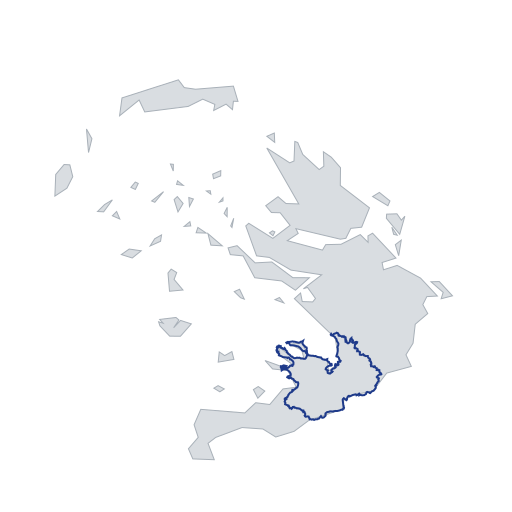 location of Kentrikis Makedonias, Kentriki Makedonia, Greece, rotated 167°
{"feature_id": "26713481B13719921321351", "entity_name": "Kentrikis Makedonias", "entity_type": "district", "adm_level": 2, "iso_a3": "GRC", "parent_name": "Greece", "parent_adm1": "Kentriki Makedonia", "projection": "equal_earth", "projection_center": [23.125, 40.657], "detail": "fine", "context": "in_parent", "style": "outline", "palette": "blue", "viewbox_px": 512, "rotation_deg": 167, "n_neighbors": 0, "source": "geoboundaries", "source_scale": "gbopen_adm2", "svg_char_len": 9743}
<svg xmlns="http://www.w3.org/2000/svg" viewBox="0 0 512 512"><g transform="rotate(167 256 256)"><path d="M342.5,66.9L363.2,72.5L365.2,83.4L353.1,92.3L354.3,105.5L344.3,119.0L302.2,105.6L289.3,113.1L276.0,108.2L259.6,120.4L246.3,119.1L250.7,137.2L265.2,142.2L270.7,152.1L252.6,140.4L244.9,142.0L255.0,153.9L254.2,162.1L242.3,147.9L232.3,145.7L232.6,153.8L242.7,162.5L231.0,160.8L227.5,148.3L210.1,138.2L211.2,127.7L198.9,132.9L197.3,158.2L228.2,205.8L220.9,209.9L221.2,201.2L211.1,198.5L207.6,201.2L209.6,206.1L212.9,213.8L217.2,213.4L196.2,222.9L225.1,234.4L243.3,251.6L255.4,256.0L259.2,287.6L255.7,289.5L235.6,269.4L215.9,278.2L222.7,292.7L231.2,294.9L235.2,302.8L221.2,308.8L215.0,300.4L202.6,297.1L221.2,358.8L202.2,339.2L197.6,340.0L192.4,358.9L189.8,357.2L187.6,344.4L175.0,326.0L169.7,328.2L166.9,342.4L160.4,335.3L153.8,323.0L158.0,305.8L134.6,277.4L146.6,260.3L157.4,261.6L164.5,253.0L170.0,253.4L211.0,273.7L209.8,268.5L222.1,263.9L189.9,246.8L185.5,251.4L170.5,248.3L149.6,253.4L143.7,244.1L142.4,250.4L137.3,252.0L120.1,222.5L134.6,221.3L134.9,213.9L120.6,215.1L100.6,197.4L88.3,176.2L98.7,178.0L104.4,171.1L101.6,161.3L116.2,153.7L122.6,135.7L132.1,126.0L129.5,113.5L155.0,112.5L172.5,98.1L193.3,98.8L203.0,95.6L205.5,87.2L240.9,84.2L258.3,76.6L277.5,75.2L288.2,85.9L308.2,92.0L336.1,88.3L344.9,84.3L342.5,66.9ZM251.0,410.7L264.5,407.3L262.0,413.0L272.6,420.8L288.4,417.0L332.0,421.4L334.8,434.3L357.4,423.3L351.0,440.2L292.0,445.1L288.0,436.2L277.4,432.1L239.8,426.6L238.8,410.7L243.2,411.9L246.0,403.9L251.0,410.7ZM225.3,213.8L236.6,225.9L262.1,235.1L268.5,259.0L280.7,263.1L281.4,270.2L272.1,270.3L258.4,249.5L241.9,246.6L225.0,226.6L208.9,222.8L225.3,213.8ZM358.1,197.3L365.3,209.5L365.7,213.8L361.6,211.4L364.1,215.9L347.8,214.1L345.5,211.0L352.4,204.6L344.0,210.2L334.3,204.4L347.7,194.8L358.1,197.3ZM422.4,388.3L416.9,386.7L416.7,374.5L425.0,364.6L438.5,359.6L432.8,380.5L422.4,388.3ZM345.6,259.2L341.6,262.3L337.0,257.7L341.1,251.6L334.8,239.3L348.2,241.1L345.6,259.2ZM111.1,244.8L120.5,263.4L119.3,267.4L109.2,265.4L106.3,258.2L102.0,261.3L111.1,244.8ZM91.3,191.5L83.2,189.9L73.5,173.0L85.2,172.7L81.8,178.5L91.3,191.5ZM316.7,161.1L313.4,170.8L308.9,166.0L301.0,168.3L300.8,160.2L316.7,161.1ZM377.0,281.9L386.9,287.7L378.0,291.3L366.7,286.9L377.0,281.9ZM288.6,126.4L283.2,128.3L277.8,122.4L286.2,117.0L288.6,126.4ZM116.2,275.3L129.0,287.7L121.5,290.2L113.1,279.5L116.2,275.3ZM323.1,329.4L319.3,331.6L315.2,323.6L322.1,316.5L323.1,329.4ZM297.5,276.7L297.8,288.6L286.6,273.5L297.5,276.7ZM395.9,394.5L392.6,417.9L389.5,407.2L395.9,394.5ZM117.7,235.7L110.9,238.8L116.9,224.2L117.7,235.7ZM218.5,370.2L210.5,371.7L212.2,362.5L218.5,370.2ZM383.3,343.0L394.5,333.3L400.4,335.0L391.9,340.2L383.3,343.0ZM343.3,297.8L345.7,291.8L356.9,289.6L350.8,295.6L343.3,297.8ZM309.7,319.2L308.3,328.1L304.2,325.6L309.7,319.2ZM309.1,292.1L306.2,296.9L299.3,289.5L309.1,292.1ZM285.2,226.2L279.5,227.3L277.1,216.6L280.4,218.8L285.2,226.2ZM326.8,136.7L322.1,138.2L316.8,133.6L321.8,131.8L326.8,136.7ZM280.0,340.9L279.8,345.5L271.1,347.1L272.4,342.0L280.0,340.9ZM345.3,333.1L331.6,339.5L342.5,331.1L345.3,333.1ZM273.9,291.0L269.2,297.8L273.0,289.2L273.9,291.0ZM319.3,301.0L312.7,304.3L312.8,300.0L319.3,301.0ZM362.5,351.0L357.0,355.2L354.4,353.2L358.6,348.0L362.5,351.0ZM386.9,327.5L381.8,330.7L380.4,322.7L386.9,327.5ZM277.5,304.6L273.1,309.9L275.3,300.8L277.5,304.6ZM117.0,246.1L117.2,253.5L113.7,244.5L117.0,246.1ZM317.3,343.6L315.5,346.9L311.0,341.2L317.3,343.6ZM247.3,209.2L242.5,210.3L239.4,204.0L247.3,209.2ZM237.7,275.5L234.2,276.8L232.2,275.2L234.9,271.9L237.7,275.5ZM279.6,316.7L275.1,320.1L275.8,317.1L279.6,316.7ZM317.5,357.4L318.7,364.9L315.9,363.9L317.5,357.4ZM289.7,330.5L285.9,329.9L286.1,326.4L289.7,330.5Z" fill="#d9dde1" stroke="#a8b0b8" stroke-width="1"/><path d="M240.4,84.8L239.4,84.7L238.5,84.0L237.2,84.1L236.3,83.2L234.6,83.5L232.7,83.1L231.9,83.6L231.2,83.4L228.7,85.4L227.9,83.5L227.1,83.4L226.2,83.5L224.1,84.8L223.9,85.5L224.0,86.1L223.7,87.0L221.9,87.9L219.5,87.8L218.8,88.0L215.7,87.1L215.0,87.3L213.3,87.1L211.6,86.7L209.1,86.7L207.3,87.1L206.3,86.7L205.7,87.4L204.8,87.5L204.3,88.5L204.4,89.1L204.7,89.3L204.3,90.3L204.5,90.7L203.9,96.4L203.4,97.1L202.4,97.7L200.4,95.2L199.7,95.6L199.5,96.5L198.5,98.0L197.3,98.9L196.7,98.8L196.2,98.1L192.9,98.8L190.1,98.8L189.6,98.3L189.5,97.8L188.8,98.1L188.4,97.8L187.9,98.1L187.3,97.9L186.6,98.7L186.4,98.7L186.4,97.9L186.1,97.4L186.3,97.1L185.4,97.2L184.0,96.4L181.7,96.1L181.3,96.4L180.0,96.7L178.9,98.4L178.1,98.5L177.4,98.0L176.4,97.7L176.0,96.9L175.6,96.7L173.7,98.0L171.7,98.3L169.2,100.2L168.7,101.5L169.1,102.6L168.9,102.9L168.5,103.1L167.9,103.1L167.9,103.7L166.6,104.7L166.3,105.4L164.5,106.6L164.6,108.3L164.0,108.7L163.8,109.1L164.3,109.4L164.7,110.3L165.5,110.5L165.6,110.9L164.7,111.5L164.4,111.9L162.0,112.9L161.6,113.3L161.4,113.0L161.5,112.5L160.9,112.4L160.4,112.7L160.7,113.7L161.9,115.3L161.7,115.9L161.9,116.5L161.5,117.0L162.2,117.7L163.2,117.4L164.1,117.7L163.5,119.4L164.8,120.3L164.9,121.5L165.1,121.9L165.7,121.9L165.9,121.4L166.3,121.3L167.2,122.3L168.7,122.7L168.6,124.5L167.8,124.9L167.9,125.6L167.7,125.9L168.0,126.6L167.8,127.4L169.0,128.5L169.0,128.9L168.1,129.6L168.3,130.4L169.5,131.6L169.7,132.9L169.6,133.4L172.0,133.9L172.5,134.7L173.1,134.8L173.8,135.6L173.4,135.8L173.6,136.2L175.6,135.9L177.0,136.5L176.8,137.8L176.4,138.5L176.4,139.3L177.2,139.7L177.9,140.6L178.9,140.4L179.0,140.7L178.1,141.5L177.9,142.4L179.3,143.7L180.2,143.6L180.7,144.1L180.7,144.5L180.2,145.1L179.6,147.3L177.3,148.5L176.8,149.3L177.3,149.7L178.7,149.8L180.2,149.4L181.3,149.7L181.8,150.5L180.9,150.9L180.5,151.8L180.6,152.1L181.3,152.0L181.1,153.2L181.6,154.1L181.5,154.6L182.6,154.0L183.5,152.5L183.7,151.5L184.6,150.6L185.1,150.6L186.0,150.2L187.3,151.6L186.9,152.4L187.0,153.1L187.4,152.5L188.0,152.5L187.7,154.8L187.5,155.6L187.1,155.7L187.0,156.4L187.6,156.6L187.6,157.2L188.2,157.5L188.4,158.0L189.2,157.5L189.7,158.3L190.5,158.0L190.9,158.6L191.8,159.2L193.0,159.5L193.3,159.8L192.9,160.4L193.4,160.7L193.3,161.9L193.7,162.5L194.0,162.4L194.7,163.1L195.3,162.8L197.6,162.6L198.7,161.7L199.9,162.2L200.3,163.2L200.9,162.5L200.6,161.8L199.1,161.0L197.4,159.5L197.1,158.2L196.4,157.1L196.3,154.8L195.4,152.3L195.8,150.8L197.2,148.8L197.1,147.7L197.7,145.1L198.8,142.7L200.3,140.3L200.2,140.0L198.8,139.4L198.1,137.8L198.0,135.9L197.1,134.8L197.7,134.0L199.9,134.4L199.9,133.8L200.5,133.2L199.9,132.0L200.3,131.3L201.1,131.1L202.7,132.6L203.0,132.2L202.8,131.6L203.3,132.3L203.5,132.0L203.4,131.4L204.1,131.9L203.4,130.8L203.7,130.5L203.6,129.5L205.0,128.9L205.9,129.1L207.7,128.2L208.4,127.6L208.5,126.6L207.5,126.1L207.9,125.7L208.6,125.8L209.3,125.2L210.3,124.8L210.5,125.2L211.6,125.3L212.4,125.9L212.3,127.6L211.7,128.3L213.6,129.9L213.2,130.9L211.4,132.1L209.7,132.6L207.2,132.3L206.7,132.6L206.7,133.9L208.3,134.5L208.8,135.7L208.8,136.4L209.5,136.8L210.3,138.3L209.8,139.5L212.1,139.2L212.6,139.7L213.8,140.0L215.0,141.2L215.3,142.4L218.8,143.8L220.5,145.2L221.7,145.3L222.8,146.0L224.9,146.5L226.9,147.3L227.6,148.1L227.9,149.4L228.4,149.3L228.3,148.5L229.0,147.0L230.6,145.1L231.2,144.8L232.4,145.0L234.3,145.9L235.2,145.9L236.4,147.1L238.0,147.3L238.9,147.8L240.2,147.6L241.7,147.8L242.7,148.7L243.2,149.7L243.7,149.7L244.4,150.4L245.3,152.2L246.8,153.8L246.9,154.8L247.6,155.2L247.4,156.6L248.5,157.8L248.4,158.6L248.9,159.9L249.2,159.7L249.1,158.9L249.5,158.9L250.5,159.5L251.0,160.4L252.3,161.0L252.2,162.4L253.0,162.2L252.9,161.8L253.2,162.1L253.3,162.4L252.9,163.0L253.6,163.5L254.2,163.6L254.7,163.1L255.7,163.1L256.1,162.6L255.0,162.1L256.1,161.9L256.2,161.5L255.8,161.1L255.9,160.8L256.4,160.1L256.7,160.3L257.1,159.9L257.3,159.3L257.1,158.2L256.0,158.2L255.8,157.9L255.8,157.6L256.7,157.0L255.5,155.6L255.6,154.6L256.1,154.3L256.0,154.0L253.6,152.5L252.6,151.5L248.9,150.2L248.3,149.5L247.6,149.9L246.9,149.7L246.2,148.5L246.2,147.7L245.3,147.5L244.6,146.3L244.0,145.8L243.5,144.5L243.5,143.5L244.0,141.9L244.9,141.8L244.8,141.3L245.2,140.7L247.2,141.6L248.3,140.6L250.1,139.8L251.7,140.4L252.3,140.1L253.5,140.4L254.7,141.0L255.5,142.3L256.5,142.9L256.9,141.9L256.5,140.5L256.7,138.8L255.3,139.4L253.4,139.2L251.6,138.4L250.3,137.0L249.0,134.9L248.7,133.4L248.9,132.2L249.3,131.7L251.8,131.6L252.4,131.4L252.8,130.8L251.8,130.2L251.8,129.7L251.3,129.4L251.0,129.7L250.1,129.4L249.3,129.6L248.6,128.3L248.1,128.3L247.2,127.6L246.9,126.2L245.8,125.0L245.5,124.1L243.5,123.5L243.4,122.5L244.1,120.6L245.4,118.6L246.3,118.6L247.1,117.9L249.3,117.1L250.7,117.4L250.9,117.1L250.4,116.3L251.4,115.8L251.7,115.4L253.4,115.2L255.7,113.5L255.9,112.8L257.3,111.7L257.3,111.3L259.0,111.0L258.5,109.8L259.3,109.5L260.2,110.0L260.3,109.6L260.0,108.8L260.9,107.6L260.4,106.6L261.0,105.0L258.7,103.4L258.6,103.0L258.2,103.0L258.2,102.6L257.7,102.6L257.5,101.5L257.7,101.2L257.5,100.4L257.2,100.6L256.5,99.9L256.1,99.9L255.8,99.1L254.9,99.5L254.2,100.6L253.0,100.5L252.9,100.0L252.4,99.4L251.7,99.4L250.3,98.2L249.5,98.3L248.3,97.5L247.8,97.5L245.7,94.8L245.1,95.0L244.5,94.8L244.5,94.0L244.8,93.4L244.2,93.4L243.8,93.0L244.0,92.3L243.5,91.6L243.8,90.1L244.5,89.6L244.3,88.8L243.8,88.2L241.7,88.1L240.8,87.7L240.7,86.5L240.4,86.0L240.6,85.4L240.4,84.8ZM230.1,152.5L229.3,151.7L229.0,150.1L228.4,149.4L227.9,149.4L228.1,150.3L227.7,152.4L227.9,153.2L227.3,154.6L227.3,155.5L228.6,156.4L228.8,157.3L229.5,158.1L230.4,160.2L230.2,161.2L229.3,162.7L230.3,162.3L231.8,162.4L233.0,161.8L233.9,161.9L237.6,163.8L238.7,164.0L239.3,164.5L243.2,164.8L244.4,165.2L245.9,164.8L245.6,164.0L244.3,164.1L243.5,163.9L242.8,161.6L242.4,161.2L239.3,160.4L235.1,158.3L233.5,156.4L232.7,154.5L231.9,153.2L231.0,152.5L230.1,152.5ZM253.2,142.7L253.1,142.0L252.8,141.3L251.4,142.1L253.6,143.2L254.2,143.1L253.2,142.7Z" fill="none" stroke="#1e3a8a" stroke-width="2"/></g></svg>